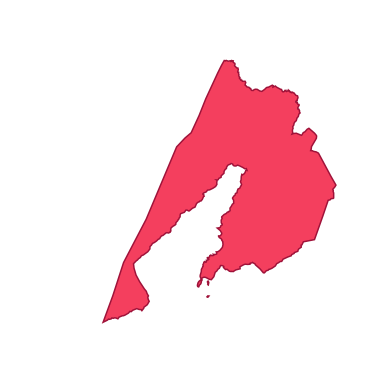 outline of Mangochi, Mangochi, Malawi, rotated 244°
{"feature_id": "42251766B89682559169951", "entity_name": "Mangochi", "entity_type": "district", "adm_level": 2, "iso_a3": "MWI", "parent_name": "Malawi", "parent_adm1": "Mangochi", "projection": "orthographic", "projection_center": [35.105, -14.138], "detail": "fine", "context": "isolated", "style": "filled", "palette": "rose", "viewbox_px": 384, "rotation_deg": 244, "n_neighbors": 0, "source": "geoboundaries", "source_scale": "gbopen_adm2", "svg_char_len": 6109}
<svg xmlns="http://www.w3.org/2000/svg" viewBox="0 0 384 384"><g transform="rotate(244 192 192)"><path d="M198.0,325.0L197.9,323.0L196.6,319.9L196.6,318.0L195.2,316.0L195.0,315.2L199.1,311.5L200.0,309.1L200.2,307.3L201.2,308.6L202.6,308.9L203.9,309.6L205.0,310.8L206.5,311.1L207.6,312.9L208.8,313.6L209.8,315.0L210.4,317.0L212.3,318.6L213.4,320.8L215.1,322.1L215.7,323.8L216.9,323.7L217.9,324.3L218.9,324.3L219.5,324.3L219.7,323.7L220.5,323.6L220.7,323.9L221.4,324.0L223.1,326.4L223.5,326.5L223.9,326.4L224.0,325.8L225.7,325.4L225.9,325.8L226.5,325.9L227.0,324.8L227.7,324.9L228.3,325.8L228.2,326.7L228.9,327.1L230.3,328.6L231.9,329.0L232.2,329.0L233.4,327.7L236.3,327.1L236.5,326.6L237.6,326.2L237.5,325.2L238.4,324.9L238.4,324.3L238.9,324.3L239.2,323.8L240.1,324.0L240.3,323.9L240.0,323.7L240.3,323.2L241.3,323.1L241.0,322.8L240.9,321.0L241.5,320.8L242.2,320.9L242.1,320.4L242.5,320.0L242.0,319.5L242.2,319.2L241.9,318.6L242.1,317.7L242.8,317.3L244.9,317.4L245.0,317.0L249.3,313.9L250.7,313.4L250.8,310.8L251.9,311.6L252.8,311.0L252.7,306.3L253.0,305.9L253.2,304.7L252.4,302.3L251.8,298.9L253.1,297.2L255.7,295.6L256.5,294.2L256.8,292.8L256.4,291.5L257.2,290.1L258.2,289.9L258.9,290.1L259.5,290.0L259.8,289.4L261.1,289.1L262.3,287.5L263.6,287.2L264.6,286.6L265.6,287.1L266.8,288.3L268.2,288.3L269.4,285.8L270.6,285.8L271.0,284.9L271.4,284.9L271.5,285.2L271.9,285.3L272.4,284.8L273.3,284.5L274.0,285.3L274.7,284.9L276.5,285.2L277.1,285.7L277.9,285.7L279.1,286.4L279.6,285.7L279.9,285.7L281.8,287.3L283.3,287.6L283.9,286.6L286.8,285.6L287.9,286.6L288.8,286.9L290.4,285.9L291.2,286.1L291.8,286.6L292.2,286.1L292.1,285.7L292.7,285.2L292.1,284.8L292.3,284.2L292.8,284.4L293.1,284.1L293.7,281.9L295.3,280.4L295.2,279.4L296.1,278.9L296.4,279.1L292.7,273.8L287.7,267.3L269.7,245.2L257.7,232.0L245.6,217.2L243.6,209.4L239.3,198.0L187.6,138.9L158.6,99.6L133.6,75.5L113.9,55.0L113.9,59.7L114.3,61.3L113.7,62.1L113.4,63.9L113.9,64.8L113.0,65.9L112.8,67.4L112.1,68.4L110.5,69.8L111.5,71.6L111.3,75.0L110.9,76.0L110.7,77.5L111.0,81.8L111.9,83.8L111.1,84.8L111.7,87.0L111.4,91.2L109.6,93.0L108.4,95.0L108.1,95.2L107.6,94.8L107.3,94.9L108.6,97.6L109.5,98.3L110.3,102.4L112.5,105.6L114.8,105.6L117.0,106.2L117.7,107.3L120.5,107.1L122.8,107.4L125.7,106.7L134.3,105.6L141.9,105.3L149.0,106.5L153.2,108.0L154.7,112.1L154.7,112.9L155.5,114.8L155.8,117.0L156.5,117.7L156.9,119.2L156.7,120.5L157.7,126.1L159.3,129.2L161.4,130.3L162.0,132.2L163.1,133.9L163.1,136.1L163.5,138.6L164.3,140.9L164.2,142.4L165.2,143.8L165.9,145.3L165.7,146.9L166.6,150.7L166.5,151.5L165.4,153.0L165.5,154.9L166.1,155.2L166.2,155.9L168.0,156.6L169.0,157.6L169.7,160.7L169.6,161.7L170.1,163.3L171.5,164.1L172.5,166.7L173.0,167.1L173.4,168.3L174.3,169.1L174.6,170.0L175.5,170.8L176.4,171.1L177.5,172.2L177.1,176.2L178.4,178.7L177.8,179.7L176.5,180.6L176.2,181.3L177.2,185.3L177.1,188.1L179.7,191.1L180.2,193.3L180.0,194.2L180.4,195.0L180.0,196.2L180.8,198.0L182.8,200.3L182.9,201.1L183.9,201.1L184.5,201.4L184.9,200.8L185.6,201.0L186.0,201.9L185.9,205.0L186.9,206.7L186.2,208.8L186.2,212.5L186.6,215.6L187.9,217.7L189.5,218.3L191.4,219.6L192.2,219.2L191.7,220.1L191.6,220.9L192.5,222.2L192.4,224.5L193.8,225.4L194.8,228.9L196.5,229.9L197.7,231.6L198.0,233.2L199.1,233.9L200.1,235.4L200.5,236.7L200.2,238.3L200.5,239.4L200.1,240.1L199.2,240.8L198.1,240.7L197.0,241.3L196.1,242.9L196.2,244.7L194.9,246.0L191.3,248.8L189.9,249.5L189.3,250.4L189.2,251.1L187.4,250.9L187.7,250.6L187.6,249.6L186.2,248.2L185.5,246.8L185.2,244.5L185.7,244.7L186.0,244.5L184.2,243.0L181.3,241.4L180.1,240.1L177.1,239.9L176.2,239.1L176.1,238.6L174.5,236.6L174.5,234.6L172.8,232.9L171.6,232.2L171.6,230.4L170.3,229.3L170.0,227.8L168.9,225.9L168.3,225.6L166.4,225.8L163.6,224.5L163.3,222.9L161.8,220.9L161.1,219.4L160.2,218.7L158.8,218.3L158.3,217.5L158.4,216.5L158.0,216.1L158.4,215.0L157.7,213.4L157.7,211.0L156.7,207.9L156.3,207.6L155.2,207.6L153.9,205.9L151.7,204.9L150.7,204.8L150.0,205.1L149.2,204.7L149.0,203.1L147.9,202.0L147.8,201.1L148.5,198.9L144.9,200.5L142.1,200.7L141.2,200.2L140.4,198.7L140.3,197.7L140.9,196.8L140.8,196.5L139.2,196.5L137.1,197.7L136.0,197.9L135.5,197.6L134.0,197.9L131.1,196.8L128.9,195.0L127.3,191.4L127.0,189.2L127.5,187.5L126.5,187.6L125.5,187.0L125.5,186.2L126.2,184.4L126.6,183.9L125.7,183.9L125.6,183.1L126.3,181.7L127.1,181.3L127.0,180.1L126.2,179.6L126.0,179.1L125.9,177.6L126.3,177.1L126.1,176.8L125.4,176.9L125.2,177.8L124.1,177.5L124.0,176.5L124.3,175.1L123.9,175.2L122.8,173.9L123.1,173.2L123.9,173.0L123.7,171.9L122.7,171.1L121.8,169.9L120.6,169.7L120.4,169.0L119.8,168.6L118.4,166.6L116.2,165.3L113.6,162.9L112.3,162.2L110.5,162.1L110.2,163.0L110.3,164.9L109.9,166.0L109.0,167.1L105.8,169.4L104.7,171.0L106.3,174.5L109.7,177.7L110.1,179.6L111.2,181.4L111.5,183.2L113.4,185.4L112.6,186.9L111.3,187.9L110.9,187.8L110.4,187.2L107.6,188.1L107.2,189.6L104.4,190.9L103.3,192.3L103.3,192.9L102.4,194.1L102.8,197.1L101.9,201.6L103.8,202.3L104.0,206.9L103.7,208.4L102.6,210.1L101.7,212.3L101.8,212.9L102.1,213.0L102.2,212.4L102.5,213.0L102.0,215.0L102.2,215.5L99.5,217.2L98.7,217.1L93.2,219.4L88.1,220.7L88.1,221.2L87.6,221.7L88.7,224.4L88.3,226.0L88.8,227.4L88.5,227.9L88.4,230.3L89.0,234.5L90.5,236.7L90.5,238.9L90.9,240.6L90.3,242.2L91.7,244.4L91.6,249.6L91.2,253.3L92.1,254.2L92.0,256.5L92.2,257.1L92.7,257.4L92.3,261.1L93.2,261.8L94.0,262.9L94.5,266.0L96.4,266.8L96.3,267.6L98.4,270.3L95.5,281.2L113.2,299.2L124.9,310.8L124.4,312.6L125.0,314.2L124.3,316.1L124.5,316.7L129.0,318.9L130.6,319.1L131.6,319.7L132.7,319.7L133.8,322.4L135.1,324.4L145.6,323.7L171.5,322.7L173.6,321.2L175.3,319.0L176.3,318.3L177.2,316.8L178.1,317.8L180.4,319.3L185.7,327.3L187.6,328.5L188.3,328.6L191.2,327.9L198.0,325.0ZM109.8,162.7L109.9,162.1L109.2,161.5L108.6,159.0L107.9,157.8L106.5,156.5L105.4,155.8L104.6,155.7L103.9,156.1L103.8,156.5L105.1,157.9L105.4,159.2L106.3,160.4L107.6,161.2L108.5,162.5L109.8,162.7ZM102.2,166.2L101.8,165.6L101.3,165.9L103.3,167.4L104.8,167.5L104.9,166.9L104.4,166.4L103.7,166.6L102.9,166.1L102.2,166.2ZM91.1,161.6L91.7,160.7L91.2,159.5L90.7,159.7L90.5,160.3L91.1,161.6Z" fill="#f43f5e" stroke="#9f1239" stroke-width="1.5"/></g></svg>